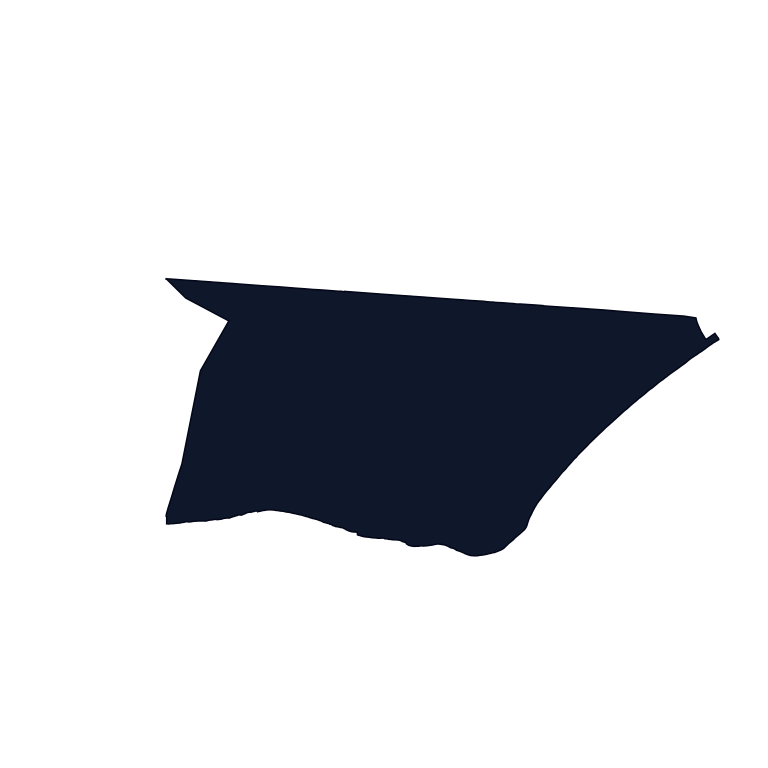 Lapmežciema pag., Engures, Latvia (Mercator projection), rotated 128°
{"feature_id": "27541924B41002773283615", "entity_name": "Lapmežciema pag.", "entity_type": "district", "adm_level": 2, "iso_a3": "LVA", "parent_name": "Latvia", "parent_adm1": "Engures", "projection": "mercator", "projection_center": [23.484, 56.997], "detail": "fine", "context": "isolated", "style": "filled", "palette": "ink", "viewbox_px": 768, "rotation_deg": 128, "n_neighbors": 0, "source": "geoboundaries", "source_scale": "gbopen_adm2", "svg_char_len": 6087}
<svg xmlns="http://www.w3.org/2000/svg" viewBox="0 0 768 768"><g transform="rotate(128 384 384)"><path d="M145.9,189.6L161.7,213.0L178.0,237.6L190.0,255.9L223.7,305.6L224.3,307.0L228.9,313.9L232.6,319.3L237.3,326.2L239.5,329.0L240.6,331.1L243.3,335.0L244.5,336.9L248.4,342.7L248.6,342.9L249.0,343.4L251.7,347.4L252.0,348.1L253.9,350.7L254.8,352.0L256.4,354.6L257.9,357.1L259.9,360.0L260.9,361.3L261.6,362.5L264.7,366.9L266.8,370.1L270.3,375.4L272.8,379.0L314.1,440.4L335.4,472.3L336.0,472.2L336.4,473.1L337.0,474.4L338.7,476.7L339.6,478.0L347.0,489.2L349.4,492.7L353.3,498.3L357.5,504.7L362.3,511.8L371.4,525.6L381.3,540.1L395.9,562.0L433.0,617.3L434.2,618.9L435.1,620.5L435.5,620.3L435.2,619.8L438.3,593.1L429.8,545.1L486.6,536.8L571.5,494.0L579.3,491.2L594.2,485.6L605.2,481.3L614.1,478.0L620.7,475.3L622.4,474.2L622.2,473.7L626.3,470.5L628.0,469.2L626.7,467.3L624.9,465.5L623.7,464.0L622.2,462.5L619.9,460.1L619.5,459.5L618.9,459.0L617.5,457.9L616.6,457.0L615.9,456.3L614.6,455.4L614.0,454.8L613.8,454.5L613.4,453.6L612.7,452.7L612.1,451.9L610.3,450.3L609.4,449.5L605.8,445.4L603.6,442.6L602.5,441.2L602.1,440.5L601.4,439.8L601.0,439.4L599.8,438.6L598.0,437.0L597.1,436.0L596.3,435.2L594.8,434.0L594.1,432.9L593.7,432.1L593.5,431.9L592.4,430.7L590.7,429.1L590.2,428.6L588.9,427.8L588.3,427.4L587.8,426.7L585.9,424.9L585.6,424.6L585.5,424.2L585.3,423.8L584.9,423.4L583.1,422.3L581.0,420.9L579.0,419.5L578.4,419.0L577.6,418.5L576.6,418.1L576.4,417.7L576.1,417.1L575.1,415.7L574.7,415.3L573.9,414.9L573.3,414.7L572.0,413.8L570.9,413.2L570.4,413.1L569.7,412.7L568.7,411.8L567.9,411.4L567.5,410.4L566.2,409.3L565.2,408.6L564.2,407.7L563.5,407.3L562.9,406.7L562.7,406.5L562.4,405.8L562.2,405.4L562.2,405.2L562.4,404.9L562.2,404.8L561.6,404.3L560.8,403.5L559.8,402.7L558.7,401.9L558.0,401.3L556.9,400.1L555.5,398.9L553.4,396.5L552.1,394.6L551.0,393.1L550.4,391.7L549.7,390.7L549.1,389.7L548.5,388.6L548.0,387.6L546.8,385.8L546.0,384.5L545.7,383.6L545.4,382.9L544.6,381.5L543.9,380.4L543.3,379.3L542.4,377.3L541.9,376.2L541.3,374.9L540.7,373.9L540.3,373.1L540.0,372.2L539.3,370.8L538.8,369.7L538.1,368.5L537.8,367.6L536.9,365.3L536.2,363.5L535.5,362.0L535.1,360.8L534.9,359.9L534.5,359.1L534.2,358.3L534.0,357.5L533.5,356.8L532.8,355.1L532.6,354.7L532.0,353.3L531.0,350.1L530.7,349.5L530.6,349.1L530.6,348.7L530.2,346.9L530.1,346.4L530.0,346.0L529.8,345.6L529.1,344.3L528.8,343.4L528.8,343.1L528.7,342.9L528.6,342.7L528.3,342.4L528.1,342.1L528.0,341.6L527.9,341.3L528.0,340.7L527.9,340.5L527.4,339.8L527.2,339.0L527.1,338.6L527.1,338.1L527.1,337.7L527.1,337.4L527.0,337.1L526.9,336.7L526.5,335.8L526.3,335.3L526.2,334.6L526.1,334.3L525.1,332.7L524.5,331.5L524.1,330.5L523.8,329.9L523.1,328.7L522.7,327.9L522.6,327.3L522.5,326.6L522.3,326.0L522.2,325.3L522.2,324.5L521.8,323.0L521.3,320.8L520.9,320.1L520.6,319.1L520.0,317.9L517.2,313.8L519.2,312.0L518.9,311.2L518.5,310.3L518.3,309.8L518.0,308.9L517.0,306.5L516.1,304.8L513.5,300.7L512.9,299.4L510.4,295.7L509.1,293.6L508.4,292.7L507.7,291.8L506.4,290.5L505.7,289.3L505.5,288.8L505.5,288.4L505.2,287.6L504.4,286.7L503.3,284.3L502.8,283.8L502.1,282.6L502.0,282.3L501.7,281.7L501.2,281.0L500.7,280.5L500.3,279.7L499.8,279.0L498.9,277.9L498.6,277.5L498.5,277.0L498.2,276.7L497.9,276.3L497.7,275.9L497.3,275.0L497.1,274.3L497.0,273.4L496.7,272.5L496.7,272.0L496.5,271.6L495.9,270.2L495.5,269.1L495.5,268.9L495.8,268.6L496.1,268.2L496.1,267.5L496.0,265.8L495.8,264.9L495.5,264.3L495.1,263.5L495.1,263.2L494.9,263.0L494.7,262.7L494.1,261.3L493.9,261.0L492.3,259.0L491.0,257.5L490.9,257.2L489.7,256.1L488.9,255.3L488.4,254.8L488.2,254.5L488.0,254.0L487.0,252.7L486.0,251.6L485.3,251.0L484.9,250.4L483.8,249.4L483.1,248.7L482.2,247.9L482.0,247.6L481.3,246.9L480.6,246.4L480.1,245.9L479.6,245.5L479.1,245.2L478.4,244.5L477.4,243.6L477.1,243.2L476.8,242.9L476.5,242.5L476.0,241.6L475.1,240.1L474.0,238.1L473.5,237.1L473.2,236.3L472.4,233.6L472.3,233.2L472.3,232.6L472.2,231.9L472.1,231.4L472.0,230.8L471.8,230.3L471.5,229.5L471.1,228.9L470.7,227.9L470.6,227.2L470.5,226.6L470.4,226.0L470.4,225.2L470.3,224.5L470.3,224.2L469.8,223.3L469.8,223.1L469.7,222.6L469.3,221.8L469.1,221.1L468.0,217.1L467.7,215.3L467.1,213.6L466.8,212.6L466.2,211.0L465.8,210.1L465.4,209.5L463.8,207.1L462.3,205.2L461.7,204.5L460.8,203.8L459.7,202.7L457.8,200.8L455.5,198.7L453.8,197.4L452.1,196.0L451.4,195.4L450.2,194.6L449.0,193.4L448.5,193.0L446.1,191.6L443.5,190.1L442.8,189.7L441.9,189.3L440.7,188.8L439.7,188.5L438.6,188.3L436.5,188.1L435.1,187.8L433.6,187.7L431.8,187.3L427.5,186.3L426.4,186.2L424.5,186.0L419.7,185.0L418.4,184.7L417.3,184.5L413.9,183.9L412.7,183.7L411.8,183.6L410.5,183.7L409.6,183.8L408.9,183.9L408.1,184.1L405.9,184.9L404.7,185.4L402.2,186.3L400.1,186.9L398.0,187.4L396.8,187.5L395.5,187.8L394.0,188.2L391.0,188.8L387.1,189.4L385.5,189.5L383.9,189.8L381.4,189.8L380.0,189.9L378.5,189.8L377.3,189.8L376.7,189.9L376.0,189.9L375.3,189.9L373.5,190.0L370.9,190.0L370.1,189.9L368.8,190.0L367.3,189.9L366.0,189.8L364.0,189.7L362.8,189.6L360.4,189.7L358.1,189.6L355.3,189.4L353.8,189.3L346.3,189.2L343.4,189.1L340.8,188.7L338.1,188.5L336.7,188.6L331.4,188.2L329.1,188.1L325.6,187.9L324.3,187.6L323.0,187.4L321.2,187.5L317.4,187.1L314.6,186.7L312.0,186.4L309.7,186.1L306.0,185.7L304.5,185.7L302.9,185.4L298.6,184.8L290.7,183.7L286.5,183.0L281.6,182.4L276.7,181.4L266.2,179.6L263.9,179.2L258.4,178.3L256.9,178.0L255.6,177.7L253.9,177.2L250.5,176.7L248.8,176.4L247.9,176.2L244.4,175.5L242.6,175.0L241.5,174.8L238.0,174.2L236.6,173.7L233.4,173.0L232.5,172.7L226.5,171.6L224.2,171.0L223.5,170.8L222.9,170.5L222.3,170.3L220.0,169.8L213.9,168.5L211.9,168.0L208.5,166.9L206.2,166.4L204.2,165.8L202.8,165.5L200.4,164.9L196.3,163.7L191.2,162.1L188.9,161.5L186.0,160.7L184.2,160.1L181.3,159.3L178.5,158.8L174.9,157.9L173.6,157.5L172.0,156.9L169.8,156.3L168.3,155.6L166.1,155.1L162.6,153.8L157.9,152.5L154.1,151.5L150.9,150.4L148.7,149.8L147.6,149.3L142.9,147.5L142.0,148.7L141.8,149.9L140.4,154.4L150.3,157.5L150.4,158.9L148.9,162.8L147.7,166.0L144.9,171.5L143.3,174.3L142.3,175.9L139.9,178.9L145.9,189.6Z" fill="#0f172a" stroke="#020617" stroke-width="1.5"/></g></svg>